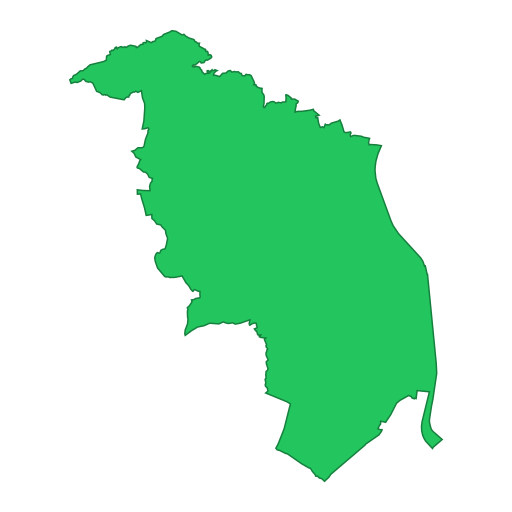 Motaieni, Dâmbovita, Romania (Albers equal-area conic projection)
{"feature_id": "2599482B19115351514525", "entity_name": "Motaieni", "entity_type": "district", "adm_level": 2, "iso_a3": "ROU", "parent_name": "Romania", "parent_adm1": "Dâmbovita", "projection": "albers", "projection_center": [25.393, 45.104], "detail": "fine", "context": "isolated", "style": "filled", "palette": "green", "viewbox_px": 512, "rotation_deg": 0, "n_neighbors": 0, "source": "geoboundaries", "source_scale": "gbopen_adm2", "svg_char_len": 5906}
<svg xmlns="http://www.w3.org/2000/svg" viewBox="0 0 512 512"><path d="M398.5,233.6L393.1,225.6L390.9,220.6L377.1,182.8L375.8,178.1L375.0,170.4L375.2,166.6L375.9,161.3L377.9,154.0L381.4,145.7L376.9,144.9L370.2,144.5L369.3,144.9L368.6,143.1L368.9,140.5L369.6,138.4L369.0,138.2L363.4,137.2L361.6,136.3L354.9,135.4L353.1,135.5L350.6,136.6L350.2,135.0L350.3,134.1L351.0,133.1L350.5,131.9L345.8,132.7L344.0,131.9L342.0,125.0L339.9,119.9L338.3,121.1L331.2,123.2L329.3,124.8L326.0,124.8L325.3,124.2L323.9,127.6L322.4,126.8L320.3,127.5L318.6,123.2L317.7,117.5L316.1,117.8L315.5,116.1L319.1,115.2L313.9,110.9L313.3,109.3L310.0,110.2L302.0,111.3L297.2,111.4L295.1,112.1L295.5,108.5L296.1,106.1L296.1,103.9L297.7,102.8L298.3,101.2L294.7,99.1L291.3,99.0L291.3,98.1L288.2,95.5L286.3,94.7L285.8,94.9L286.1,97.7L285.9,101.5L285.0,102.0L282.2,102.1L281.0,102.9L278.3,102.3L276.0,103.2L274.1,101.8L272.8,101.5L270.3,102.0L268.4,103.3L267.5,103.2L266.9,103.6L266.6,104.9L265.4,106.1L264.8,107.4L264.0,107.5L263.5,107.0L263.4,106.0L264.0,103.6L264.2,96.7L263.9,95.1L262.2,92.6L261.9,91.1L262.1,88.4L259.6,88.0L257.8,87.3L256.2,86.2L256.3,85.4L255.8,84.7L253.8,84.7L254.5,83.3L254.1,81.8L251.2,75.7L249.6,74.7L247.7,74.8L246.3,74.3L245.7,74.5L244.9,75.9L242.6,75.7L241.7,74.9L241.4,73.5L239.7,73.1L238.4,71.8L235.6,71.9L234.5,71.5L231.9,72.1L230.3,70.5L228.3,70.9L225.8,73.1L222.6,73.3L219.6,76.6L215.3,75.2L213.7,75.4L213.5,74.4L214.2,72.9L215.8,71.3L217.1,70.6L214.9,69.7L214.3,70.3L212.2,70.7L212.0,69.8L210.8,70.8L210.5,72.2L210.0,72.1L208.6,70.7L207.2,70.7L207.1,71.4L208.7,73.3L206.3,73.3L204.6,74.3L202.0,71.7L201.7,70.2L200.3,68.9L200.0,67.8L199.2,67.1L195.9,66.3L193.6,67.1L192.4,66.2L193.0,65.1L194.4,65.1L196.9,63.7L199.1,61.7L199.8,61.5L200.7,62.1L201.2,63.0L203.9,62.6L205.6,60.1L207.5,60.1L210.8,58.2L211.6,57.3L211.7,56.6L211.0,55.2L210.1,54.7L208.3,55.2L208.0,52.4L207.4,51.4L206.1,51.5L205.6,50.9L205.8,50.1L205.2,49.2L204.6,49.4L203.6,48.5L199.3,46.3L199.0,44.6L199.5,43.2L197.5,43.2L196.5,42.1L194.8,41.4L194.4,40.1L193.5,39.4L189.0,38.0L185.7,36.1L183.9,34.3L183.0,34.8L181.8,34.8L176.0,31.3L171.9,30.7L169.5,32.1L163.7,34.4L162.0,36.3L156.0,38.6L155.5,40.3L154.7,41.3L152.7,41.6L151.3,42.7L146.4,40.5L146.5,41.8L145.9,42.8L144.2,42.5L143.3,42.8L143.0,43.0L143.0,44.3L140.8,44.5L137.3,47.5L136.2,47.5L136.1,46.5L135.8,46.3L130.5,45.2L127.9,46.2L126.2,47.4L125.6,47.4L124.9,46.7L123.0,47.4L121.3,46.6L120.4,46.8L117.2,48.2L117.1,48.7L116.6,48.3L116.5,47.1L116.2,47.0L114.9,48.0L114.9,48.5L113.2,50.5L112.0,50.1L111.2,51.0L110.0,51.3L109.7,51.9L110.4,54.1L110.2,54.6L107.9,55.3L106.6,56.1L106.3,60.2L103.4,61.6L90.1,64.8L87.5,67.0L86.5,68.3L85.0,68.8L83.5,70.4L82.2,70.8L80.2,70.9L76.9,73.9L75.3,74.9L73.8,75.4L73.0,76.4L72.8,77.5L72.1,78.6L71.0,78.8L69.8,79.8L71.1,83.4L75.1,82.1L77.2,82.5L80.7,81.1L82.5,79.3L84.1,79.3L85.8,81.4L88.4,82.1L90.3,81.8L92.6,83.0L93.2,83.8L96.6,91.3L100.2,92.7L102.1,94.7L103.6,95.0L104.6,94.5L105.8,95.2L106.8,94.8L110.1,97.1L124.1,99.8L126.0,97.5L127.3,97.0L128.7,97.1L129.2,95.5L129.8,95.1L129.7,94.5L130.7,93.4L133.6,91.9L134.5,92.1L135.9,91.2L137.8,92.4L141.4,90.7L142.5,97.9L144.6,103.4L144.8,107.6L143.9,120.8L142.2,129.0L144.9,128.7L148.0,127.7L148.9,129.1L148.0,130.4L147.9,133.1L145.5,139.2L144.0,146.2L143.6,146.9L141.8,147.8L138.0,147.7L134.6,150.5L131.8,151.2L134.1,153.3L135.9,157.1L140.7,159.6L139.6,161.0L138.9,163.3L137.0,167.0L137.4,168.0L139.4,168.5L143.5,172.0L145.6,172.2L147.8,174.4L149.2,177.4L152.5,178.4L152.1,179.3L152.0,181.4L150.6,182.9L149.6,186.2L150.0,190.7L143.1,190.5L137.3,189.8L137.4,194.2L140.6,194.0L141.6,198.4L144.5,207.8L146.2,215.4L151.8,214.5L151.9,218.5L154.5,220.7L156.8,224.1L160.8,224.9L161.9,226.7L165.4,230.2L166.0,233.9L167.6,238.3L166.3,245.0L165.1,248.8L162.2,249.5L160.8,250.4L159.9,252.8L159.3,253.2L157.4,252.6L156.4,253.4L155.5,255.1L154.7,257.8L155.3,261.5L157.6,268.1L164.6,276.4L166.0,277.0L168.3,276.8L169.6,277.5L174.6,277.4L182.1,276.0L186.0,282.8L188.6,285.5L190.9,289.4L192.7,291.3L193.0,291.3L194.4,289.6L194.8,289.6L198.3,291.3L200.0,291.5L199.9,294.7L200.2,296.7L199.7,297.8L195.7,298.5L193.8,299.6L191.5,299.9L192.0,301.9L189.2,306.0L187.3,307.7L188.0,309.8L187.5,310.7L187.4,311.7L187.6,317.5L188.0,319.2L187.5,324.0L185.2,330.0L184.8,333.7L185.2,335.4L191.5,330.7L197.7,327.0L204.1,325.7L209.7,323.2L218.9,323.9L223.3,321.9L225.4,322.8L228.4,323.5L232.7,322.8L234.9,324.0L235.9,324.0L240.3,323.2L249.9,319.8L249.2,323.6L249.5,325.0L249.8,325.2L252.0,323.8L254.5,323.0L256.1,323.2L256.4,323.7L256.5,325.6L257.2,326.9L257.0,327.8L254.4,328.9L255.8,330.9L256.7,331.1L257.7,334.7L259.2,335.1L260.8,334.9L260.5,335.6L259.2,336.1L259.4,336.8L260.5,337.4L265.7,338.1L264.6,338.9L264.4,339.5L266.4,344.2L266.4,345.0L266.0,345.7L266.1,346.8L267.6,348.6L267.6,349.1L266.9,349.9L266.9,350.8L266.0,353.0L266.2,355.6L268.0,359.4L267.9,360.3L266.3,361.6L266.3,363.4L268.0,368.8L267.5,370.2L266.1,371.5L265.8,375.0L266.1,378.1L265.1,379.3L265.8,382.8L265.2,384.9L265.6,386.4L267.2,387.8L267.9,390.6L267.6,391.4L265.7,393.0L286.8,401.7L290.4,403.9L284.1,428.9L278.1,444.1L275.9,448.2L277.1,449.8L279.8,450.5L285.7,453.5L287.2,453.7L301.7,463.8L308.9,467.9L310.5,468.4L312.5,471.6L315.3,474.8L315.6,476.1L317.7,476.3L319.3,478.0L321.8,478.7L324.5,481.3L328.7,477.4L330.9,474.2L364.9,445.2L365.8,444.0L378.9,434.9L381.6,431.2L382.0,429.7L380.3,429.7L378.0,428.8L379.3,425.7L380.4,424.5L380.7,422.6L380.5,421.4L380.7,421.2L385.6,422.3L390.7,414.7L396.5,403.3L399.9,400.4L408.7,395.5L411.4,396.7L412.0,398.0L414.3,398.8L414.6,398.2L416.1,398.6L417.1,390.6L429.4,391.8L422.1,421.6L421.5,426.2L421.7,430.9L422.7,435.3L423.9,438.1L425.6,441.1L432.5,448.5L433.2,447.2L442.2,439.5L432.6,431.1L431.3,429.2L430.7,427.5L429.4,422.0L429.5,419.2L431.5,406.1L432.9,399.2L436.7,373.3L436.2,363.1L427.5,274.3L427.1,274.2L425.3,265.9L424.6,266.2L422.8,261.2L420.7,257.9L398.5,233.6Z" fill="#22c55e" stroke="#15803d" stroke-width="1.5"/></svg>